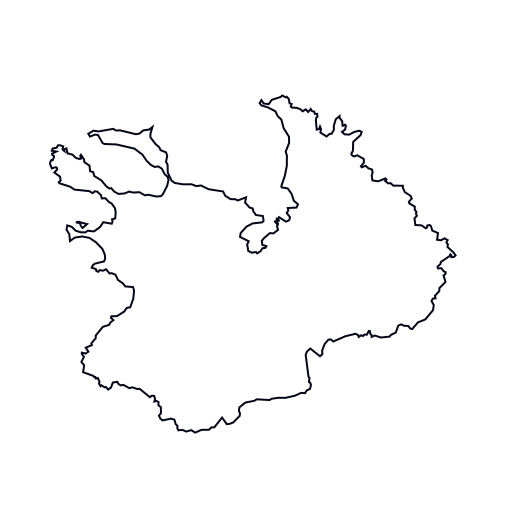 the district of Kentrikis Makedonias, Kentriki Makedonia, Greece, rotated 167°
{"feature_id": "26713481B13719921321351", "entity_name": "Kentrikis Makedonias", "entity_type": "district", "adm_level": 2, "iso_a3": "GRC", "parent_name": "Greece", "parent_adm1": "Kentriki Makedonia", "projection": "equal_earth", "projection_center": [23.125, 40.657], "detail": "fine", "context": "isolated", "style": "outline", "palette": "ink", "viewbox_px": 512, "rotation_deg": 167, "n_neighbors": 0, "source": "geoboundaries", "source_scale": "gbopen_adm2", "svg_char_len": 6105}
<svg xmlns="http://www.w3.org/2000/svg" viewBox="0 0 512 512"><g transform="rotate(167 256 256)"><path d="M370.8,103.6L367.0,103.2L363.4,100.6L358.3,100.9L354.9,97.6L348.3,98.9L341.0,97.3L338.0,99.0L335.1,98.5L325.4,106.2L322.3,98.7L319.4,98.4L315.7,98.9L307.8,103.9L307.0,106.4L307.5,108.7L306.3,112.2L299.3,115.6L290.2,115.3L287.5,116.2L275.2,112.6L272.8,113.4L265.9,112.8L259.4,111.2L249.7,111.1L242.7,112.5L239.1,111.3L236.8,113.6L233.2,114.4L231.4,118.2L231.7,120.3L232.8,121.3L231.3,125.1L232.0,126.6L229.8,148.6L227.8,151.5L223.9,153.6L216.2,143.9L213.4,145.5L212.8,149.1L208.9,154.8L204.3,158.2L201.9,157.9L199.9,155.3L187.0,157.7L176.5,157.8L174.2,155.9L174.2,154.0L171.3,155.1L169.6,153.9L168.0,155.1L165.7,154.4L162.9,157.6L162.0,157.3L162.1,154.4L161.1,152.6L161.5,151.2L158.1,151.8L152.7,148.5L144.0,147.4L142.3,148.8L137.1,149.9L133.0,156.2L129.8,156.7L127.4,154.7L123.4,153.6L121.9,150.5L120.2,149.7L113.1,154.9L105.3,156.1L95.7,163.4L93.8,168.2L95.1,172.6L94.4,173.6L93.0,174.7L90.6,174.4L90.6,177.0L85.3,180.6L84.5,183.5L77.2,188.1L77.6,194.7L75.3,196.1L74.9,197.6L76.6,199.0L78.1,202.4L81.4,202.9L81.6,204.7L78.0,206.8L77.2,208.6L67.6,212.3L66.2,213.9L65.5,212.9L65.9,210.9L63.5,210.5L61.4,211.7L62.9,215.3L67.4,221.7L66.4,224.1L67.4,226.3L65.7,228.4L68.5,230.8L72.2,229.7L75.9,231.1L73.5,237.4L78.5,241.1L78.8,245.7L79.8,247.1L82.2,247.2L83.0,245.3L84.3,244.8L87.8,248.6L93.8,250.4L93.1,257.0L90.2,259.0L90.6,261.4L89.7,262.7L90.9,265.2L90.2,268.4L94.8,272.8L94.9,274.4L91.3,277.0L91.9,279.9L96.6,284.7L97.6,289.6L97.1,291.4L106.4,293.7L108.4,296.6L110.8,297.0L113.3,300.1L111.7,301.1L112.4,302.5L120.2,301.3L125.6,303.5L125.1,308.5L123.5,311.3L123.6,314.3L126.5,315.9L129.0,319.3L132.9,318.6L133.6,319.8L129.8,322.8L129.2,326.3L134.6,331.3L138.3,331.0L140.0,332.9L140.0,334.4L137.9,336.7L135.6,345.4L127.0,350.2L125.1,353.0L127.0,354.8L132.2,354.8L138.0,353.3L142.4,354.7L144.3,357.6L140.8,359.1L139.1,362.7L139.6,363.9L142.3,363.4L141.7,368.0L143.4,371.5L143.1,373.5L147.5,371.3L150.9,365.4L151.7,361.4L154.9,358.1L157.0,358.3L160.4,356.6L165.5,361.8L164.1,365.1L164.5,367.7L165.9,365.5L168.4,365.5L167.2,374.5L166.1,377.4L164.8,377.9L164.4,380.7L166.6,381.2L166.8,383.6L168.9,384.6L169.6,386.9L172.8,384.6L174.6,387.7L178.0,386.5L179.6,388.9L183.0,391.2L187.5,392.5L188.5,393.7L187.1,396.1L188.9,397.2L188.8,401.8L190.3,404.3L191.5,403.9L194.2,406.5L196.3,405.4L205.5,404.6L209.5,401.1L214.2,402.9L215.7,406.7L218.1,404.0L216.8,401.5L211.1,398.2L204.5,392.6L203.4,387.4L200.6,383.2L200.3,374.3L197.0,364.8L198.3,358.7L203.6,351.0L203.3,346.9L205.7,336.9L209.9,327.6L215.7,318.2L215.4,317.0L209.9,314.7L207.4,308.7L206.7,301.3L203.4,296.9L205.7,294.1L214.3,295.6L214.2,293.1L216.4,291.0L214.1,286.1L215.6,283.4L219.0,282.7L224.9,288.7L226.3,287.0L225.3,284.6L227.4,287.5L228.0,286.1L227.6,283.9L230.3,285.8L227.7,281.5L228.9,280.4L228.6,276.5L233.9,274.1L237.3,275.2L244.2,271.6L247.0,269.4L247.3,265.4L243.7,263.3L245.1,261.8L247.9,262.1L250.4,259.7L254.2,258.3L255.1,259.8L259.4,260.2L262.4,262.7L262.0,269.2L259.8,272.0L267.3,278.2L265.7,281.9L258.5,286.8L252.1,288.5L242.5,287.4L240.7,288.5L240.3,293.4L246.9,296.0L248.6,300.4L248.5,303.1L251.4,304.7L254.6,310.6L252.5,315.4L261.3,314.2L263.4,316.0L267.9,317.1L272.4,321.6L273.6,326.3L287.1,331.7L293.8,337.1L298.4,337.5L302.7,340.4L310.8,342.2L318.7,345.4L321.3,348.4L322.4,353.3L324.4,353.2L324.1,349.9L326.8,344.3L333.0,337.0L335.2,335.7L339.8,336.4L347.1,339.9L350.6,340.1L355.3,344.4L361.6,345.5L365.0,347.3L369.9,346.5L376.0,347.4L379.7,350.7L381.7,354.6L383.6,354.7L386.1,357.4L389.6,364.4L395.6,370.3L395.7,374.3L398.6,376.0L397.9,381.4L402.1,386.1L401.9,389.1L403.8,394.0L404.7,393.2L404.5,390.3L406.0,390.1L409.7,392.3L411.8,395.9L416.6,398.5L416.5,403.5L419.3,403.1L419.1,401.4L420.1,402.5L420.5,403.9L419.2,406.2L422.0,408.0L424.0,408.4L426.0,406.3L429.9,406.5L431.3,404.5L427.0,402.7L431.6,401.6L431.8,400.2L430.3,398.8L430.7,397.5L432.6,395.0L433.7,395.6L435.2,394.1L436.0,391.9L435.2,387.3L431.0,387.6L430.1,386.3L430.3,385.0L433.7,382.7L429.1,377.4L429.4,373.5L431.6,372.3L431.2,371.1L421.6,365.4L417.9,361.5L403.8,356.7L401.1,354.0L398.5,355.3L396.1,354.4L393.4,350.1L393.3,346.8L389.8,346.2L387.0,341.5L384.9,339.7L382.7,334.5L382.8,330.5L384.7,324.3L388.1,324.1L387.9,322.1L389.3,319.9L397.2,323.3L401.3,319.4L408.3,316.4L414.4,318.5L416.8,317.4L421.4,318.5L426.0,321.2L429.0,325.9L433.0,328.3L434.7,324.3L433.0,319.2L433.9,312.4L428.4,314.7L420.9,314.1L414.2,311.1L409.0,305.6L404.1,297.5L403.0,291.5L403.6,287.2L405.3,284.9L414.6,284.8L417.1,283.7L418.7,281.6L414.9,279.2L414.9,277.2L413.1,276.1L411.8,277.4L408.2,276.1L405.1,276.8L402.6,271.9L400.4,271.7L397.1,269.3L395.9,263.8L391.7,259.1L390.3,255.8L382.8,253.4L382.6,249.6L385.2,242.0L390.1,234.3L393.5,234.5L396.9,231.5L405.0,228.7L410.4,229.8L411.3,228.5L409.4,225.6L413.2,223.7L414.5,222.0L421.2,221.4L430.0,214.6L430.7,211.9L436.1,207.9L436.0,206.1L442.5,205.0L440.8,200.5L443.9,199.3L447.4,201.0L447.8,199.8L446.3,196.6L450.0,192.0L448.0,188.2L450.6,181.7L441.5,175.8L440.9,174.3L439.7,174.2L439.6,172.6L437.5,172.6L436.8,168.5L437.7,167.1L436.8,164.2L435.9,164.9L433.0,162.1L431.6,162.1L430.1,159.1L426.8,160.5L424.0,164.9L419.4,164.6L419.0,162.6L417.1,160.4L414.3,160.3L409.1,155.7L406.0,155.9L401.5,153.0L399.4,152.9L391.1,142.3L388.9,143.3L386.7,142.6L386.5,139.4L387.8,137.1L385.5,137.1L383.8,135.5L384.7,132.8L382.7,129.9L384.0,124.2L386.5,122.3L385.8,119.1L383.9,116.8L375.6,116.7L372.3,114.9L372.1,110.2L370.7,108.2L371.4,106.1L370.8,103.6ZM331.1,365.3L328.1,362.3L326.6,356.3L324.5,353.3L322.4,353.5L323.2,357.0L321.6,364.9L322.5,368.0L320.0,373.5L320.3,377.2L325.1,380.5L325.9,383.9L328.5,387.3L332.2,395.4L331.3,399.0L327.9,405.0L331.7,403.2L337.4,403.8L342.2,401.5L345.7,401.7L360.1,409.0L364.3,409.8L366.5,412.0L381.5,412.8L386.2,414.7L391.9,412.8L390.9,409.7L385.7,410.5L382.7,409.4L380.1,400.6L378.6,399.3L366.7,396.0L350.3,388.0L343.9,380.4L341.1,373.3L337.9,368.3L334.6,365.5L331.1,365.3ZM420.1,327.6L419.9,324.8L418.6,322.3L413.4,325.1L421.6,329.4L423.9,329.2L420.1,327.6Z" fill="none" stroke="#020617" stroke-width="2"/></g></svg>